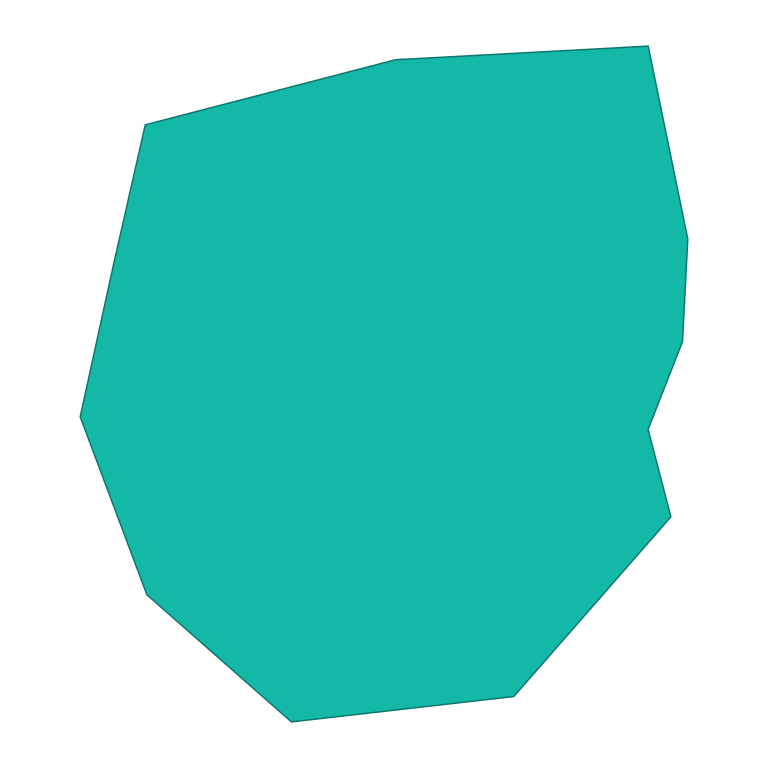 outline of Santa Catarina do Fogo
{"feature_id": "CPV-5044", "entity_name": "Santa Catarina do Fogo", "entity_type": "state/province", "adm_level": 1, "iso_a3": "CPV", "parent_name": "Cabo Verde", "parent_adm1": "", "projection": "robinson", "projection_center": [-24.332, 14.912], "detail": "fine", "context": "isolated", "style": "filled", "palette": "teal", "viewbox_px": 768, "rotation_deg": 0, "n_neighbors": 0, "source": "natural_earth", "source_scale": "10m", "svg_char_len": 284}
<svg xmlns="http://www.w3.org/2000/svg" viewBox="0 0 768 768"><path d="M648.2,46.1L687.8,239.1L682.5,341.7L648.1,429.4L670.9,516.8L513.8,696.5L291.4,721.9L146.9,594.8L80.2,416.8L113.6,264.2L145.3,124.8L395.6,59.7L648.2,46.1Z" fill="#14b8a6" stroke="#0f766e" stroke-width="1.5"/></svg>